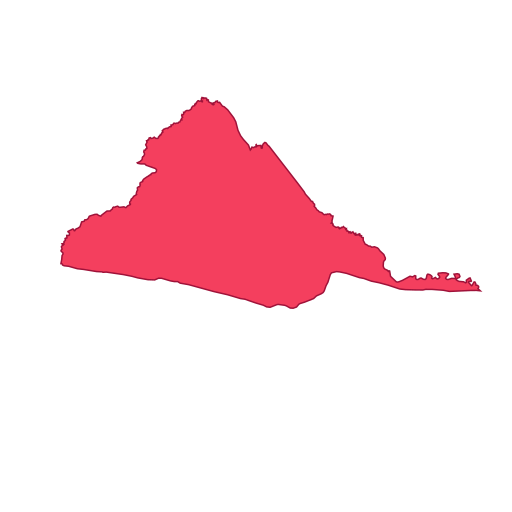 Playas, Guayas, Ecuador, rotated 324°
{"feature_id": "8360857B78942405683114", "entity_name": "Playas", "entity_type": "district", "adm_level": 2, "iso_a3": "ECU", "parent_name": "Ecuador", "parent_adm1": "Guayas", "projection": "orthographic", "projection_center": [-80.419, -2.59], "detail": "fine", "context": "isolated", "style": "filled", "palette": "rose", "viewbox_px": 512, "rotation_deg": 324, "n_neighbors": 0, "source": "geoboundaries", "source_scale": "gbopen_adm2", "svg_char_len": 6113}
<svg xmlns="http://www.w3.org/2000/svg" viewBox="0 0 512 512"><g transform="rotate(324 256 256)"><path d="M214.7,110.8L214.8,111.5L216.6,113.5L220.1,116.1L220.5,118.1L225.9,125.9L226.3,127.7L224.9,129.2L223.3,129.3L220.8,127.9L219.4,127.9L218.7,128.4L218.3,128.1L216.4,128.0L216.2,128.2L214.8,127.9L210.3,127.8L208.5,128.4L208.1,129.1L205.5,128.6L204.3,129.6L204.2,130.5L202.5,131.5L201.5,130.9L200.0,131.1L198.9,133.2L197.8,133.5L196.5,134.5L195.6,135.4L195.5,136.1L192.0,135.8L190.5,136.5L188.2,136.7L187.6,137.6L186.0,137.9L185.0,138.7L184.7,139.4L185.0,140.1L184.6,140.5L181.6,140.0L179.3,140.4L178.8,140.0L178.1,138.6L174.3,136.5L173.8,135.8L173.4,134.4L171.6,133.7L170.5,133.6L169.6,132.7L168.6,132.7L167.2,133.6L166.1,133.5L164.6,133.9L161.8,132.0L154.8,132.2L153.9,132.6L152.5,130.6L152.0,128.9L150.3,127.7L144.9,125.9L144.3,125.9L142.3,127.0L141.3,127.1L140.2,127.0L138.7,126.1L137.4,126.9L135.0,125.9L130.8,128.9L128.0,128.8L126.4,128.3L124.2,129.0L123.8,128.6L124.1,127.2L123.8,126.5L118.3,125.6L118.1,125.9L118.6,127.7L117.4,129.3L116.6,129.3L115.0,128.1L113.7,130.2L113.0,129.9L112.6,130.1L112.2,129.6L111.8,129.6L111.0,131.3L109.2,131.4L108.8,132.3L107.9,132.5L107.4,133.7L107.1,133.7L106.7,132.4L106.2,132.1L106.0,133.8L104.6,133.8L104.0,134.1L103.2,136.4L101.7,136.8L101.2,137.3L101.6,140.2L100.8,141.1L99.4,141.6L96.7,144.7L93.8,147.4L94.3,147.6L94.4,148.2L94.2,149.6L95.0,151.1L98.4,154.2L104.0,161.3L108.5,165.4L117.9,174.9L122.2,178.4L122.6,179.2L125.4,181.0L137.7,193.0L143.7,199.5L147.4,204.1L154.6,211.6L160.0,215.8L164.1,216.7L166.5,218.5L172.3,226.0L174.8,228.6L177.6,230.7L178.7,233.4L184.6,239.5L201.0,260.0L210.3,270.7L218.5,281.4L221.6,284.4L228.3,294.0L233.0,300.1L234.7,303.4L237.3,305.8L244.3,307.6L245.5,308.2L250.2,312.7L251.2,314.1L253.1,318.2L255.4,320.1L258.8,321.1L262.4,320.2L263.8,320.4L268.2,321.9L277.6,324.3L281.5,323.8L286.6,324.9L288.8,325.0L290.7,324.3L295.2,321.2L298.7,319.5L305.2,314.7L307.2,314.0L311.9,315.9L314.3,318.0L319.1,323.3L326.9,334.2L330.1,337.6L334.5,344.1L339.8,349.9L345.8,357.3L352.9,367.2L357.2,371.1L365.9,377.8L371.1,381.6L373.6,382.7L378.8,386.5L387.3,393.7L391.6,398.3L409.5,410.1L414.1,413.4L417.0,416.0L416.4,412.9L418.0,412.0L418.2,411.3L418.0,410.0L416.8,408.9L417.6,407.4L417.8,405.6L417.0,405.2L413.4,406.9L412.9,406.7L412.4,402.2L412.7,401.8L413.4,401.7L415.0,403.0L415.5,402.9L416.3,399.6L415.4,399.2L411.9,399.2L410.7,401.0L410.2,401.0L409.7,400.8L408.8,398.9L405.2,395.7L404.2,393.7L404.0,392.8L404.4,392.4L406.2,392.4L407.9,392.9L409.0,392.4L409.6,390.1L408.5,388.7L405.5,387.1L404.9,390.4L404.3,391.2L403.8,391.2L401.2,389.1L397.5,387.9L396.4,386.8L396.3,385.5L397.1,384.9L400.9,384.0L401.2,383.6L399.7,381.3L397.2,379.3L393.4,377.1L392.4,377.9L392.5,380.3L392.2,381.1L391.1,381.5L389.6,381.4L388.8,380.5L388.6,378.8L385.9,378.4L385.3,378.0L385.1,377.3L386.3,376.1L386.3,375.3L385.9,373.8L385.0,372.3L384.1,371.6L383.1,371.9L380.4,374.3L379.0,374.4L377.8,373.3L376.6,370.8L375.6,370.4L373.2,370.2L372.1,369.3L371.9,368.2L373.5,366.1L373.0,365.2L370.4,364.9L368.7,362.9L360.2,361.8L356.3,360.8L354.9,360.1L354.3,359.2L352.9,351.5L355.3,346.7L354.9,346.2L354.0,346.3L354.0,344.9L352.5,342.2L352.4,340.7L353.0,338.9L355.5,335.9L356.7,335.2L358.4,334.9L359.4,333.8L360.3,329.9L359.3,324.8L359.3,322.0L359.0,320.8L357.3,318.2L354.8,316.9L354.3,315.3L352.9,314.1L352.1,311.7L351.3,310.8L351.9,306.5L353.5,304.1L352.4,303.0L352.5,302.4L353.3,301.7L352.6,300.5L352.0,300.7L351.7,299.9L352.8,299.4L352.9,299.0L351.4,298.4L350.6,298.6L349.7,298.2L349.8,297.3L349.2,297.7L348.6,297.5L348.7,296.5L349.0,296.7L349.8,296.1L348.4,295.4L348.6,293.4L346.3,293.4L346.2,293.0L347.0,292.9L346.2,291.9L346.3,291.6L345.7,291.4L345.5,292.2L344.8,291.8L345.2,290.6L345.0,289.8L344.3,289.5L344.8,288.5L344.2,287.5L345.2,286.9L344.4,286.4L344.6,285.3L343.9,284.1L344.0,283.6L342.2,283.6L341.9,283.0L340.6,283.3L340.1,282.6L339.5,282.8L339.5,282.1L339.9,281.7L339.5,280.8L337.5,279.9L336.3,276.8L336.4,276.0L337.0,275.7L337.1,274.6L336.2,273.6L337.5,273.3L338.4,271.8L338.7,271.8L341.8,269.0L340.4,267.5L340.8,266.5L340.4,265.3L338.8,264.5L338.3,263.9L337.3,263.9L336.5,263.0L335.8,262.9L335.2,262.3L334.8,259.7L333.1,257.4L333.0,256.0L332.4,254.4L332.6,251.8L332.2,250.2L332.9,249.5L333.2,249.5L333.8,248.5L333.4,247.1L333.8,245.1L333.2,244.8L332.9,244.1L332.9,240.6L332.3,235.0L332.7,232.3L332.5,221.7L331.1,174.8L330.7,173.7L330.6,170.3L329.9,169.3L327.9,169.5L325.7,170.7L324.7,172.2L324.1,172.3L323.7,171.8L324.9,169.4L322.5,167.9L321.5,167.7L321.7,166.0L321.2,166.1L320.4,167.8L318.9,166.9L317.8,166.9L316.7,165.5L314.9,166.6L313.7,166.9L315.1,161.8L314.3,154.3L314.2,149.7L315.3,143.7L318.5,135.6L319.2,131.0L319.0,121.1L318.0,116.6L316.9,115.0L316.9,110.3L316.3,110.2L315.3,108.9L315.9,107.9L314.4,107.2L312.9,107.7L312.0,107.2L311.2,107.8L311.0,108.7L310.2,108.5L309.7,107.3L310.4,106.6L309.4,105.6L308.2,103.2L309.2,101.8L308.9,101.2L307.9,101.1L308.7,99.3L307.9,98.4L307.4,98.4L306.8,97.3L305.9,97.5L305.9,96.6L305.5,96.0L304.3,96.6L303.5,97.6L303.4,98.6L303.8,99.1L303.3,99.7L302.8,99.2L302.3,98.0L301.1,97.5L300.8,96.6L300.3,96.3L298.4,96.7L297.5,97.3L296.9,97.1L296.7,97.6L295.6,97.2L294.9,98.3L292.7,97.6L291.0,98.2L290.3,98.9L288.4,99.1L287.1,98.8L285.6,97.6L283.8,97.3L282.8,97.9L281.9,97.2L281.4,98.2L280.4,98.9L279.7,98.7L279.4,98.0L278.6,98.4L278.2,99.3L278.3,100.5L276.5,101.0L276.0,102.3L275.1,101.7L273.2,102.8L271.9,102.3L271.0,102.7L269.7,101.7L268.7,101.5L267.8,100.3L267.2,100.3L266.0,100.9L264.1,100.1L264.0,100.8L263.4,101.4L261.8,100.6L259.6,100.9L259.6,100.5L257.4,99.5L256.6,99.6L256.0,99.2L253.7,99.6L253.6,100.9L253.3,101.1L252.2,101.0L250.4,102.1L250.0,101.6L249.3,102.2L248.7,101.9L248.0,102.4L247.2,102.3L246.5,103.0L245.6,103.1L244.0,101.9L243.5,100.0L241.9,100.1L240.1,99.2L240.2,98.2L238.9,97.7L237.4,98.9L237.0,98.5L236.0,98.8L235.2,98.4L234.7,99.9L232.1,101.2L231.9,103.0L231.1,104.7L230.7,104.9L229.6,104.6L228.7,105.3L227.6,104.7L226.3,105.9L226.2,107.1L225.4,108.4L223.5,109.3L222.7,109.1L221.8,109.6L221.0,110.6L220.2,111.1L217.9,111.4L214.7,110.8Z" fill="#f43f5e" stroke="#9f1239" stroke-width="1.5"/></g></svg>